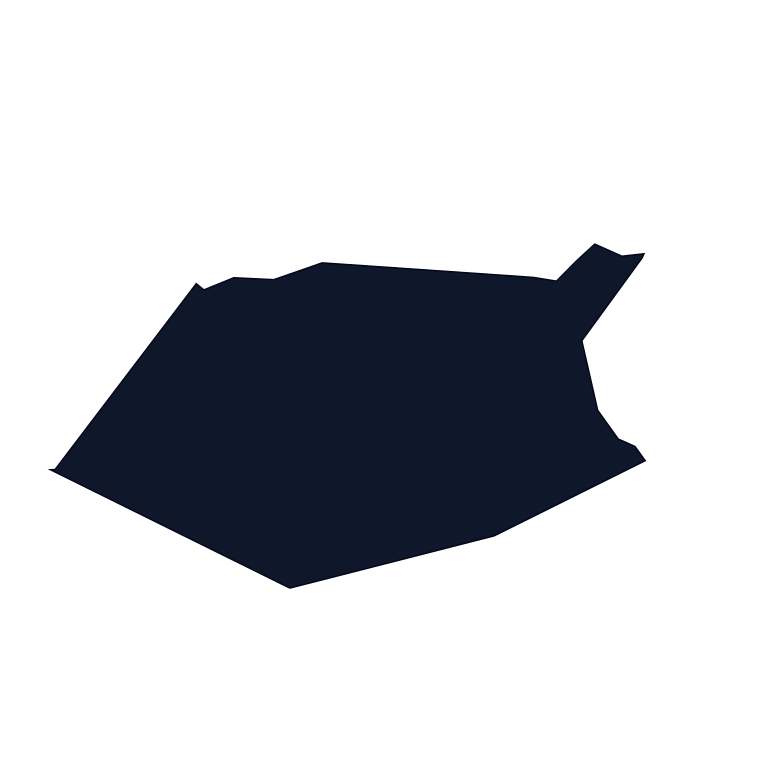 the district of La Dauphine Estate, Soufrière, Saint Lucia, rotated 204°
{"feature_id": "8701671B47910558118739", "entity_name": "La Dauphine Estate", "entity_type": "district", "adm_level": 2, "iso_a3": "LCA", "parent_name": "Saint Lucia", "parent_adm1": "Soufrière", "projection": "natural_earth1", "projection_center": [-61.043, 13.822], "detail": "fine", "context": "isolated", "style": "filled", "palette": "ink", "viewbox_px": 768, "rotation_deg": 204, "n_neighbors": 0, "source": "geoboundaries", "source_scale": "gbopen_adm2", "svg_char_len": 459}
<svg xmlns="http://www.w3.org/2000/svg" viewBox="0 0 768 768"><g transform="rotate(204 384 384)"><path d="M596.3,399.3L649.7,172.1L653.8,170.0L393.6,159.5L387.0,159.3L221.6,290.1L114.2,420.2L129.3,429.0L147.6,429.0L178.1,446.9L220.9,504.0L199.5,604.0L199.5,608.7L218.6,597.5L248.4,597.5L258.4,574.3L268.3,548.1L290.7,542.2L489.8,469.5L527.1,434.5L564.4,420.0L586.8,396.7L593.1,398.4L596.3,399.3Z" fill="#0f172a" stroke="#020617" stroke-width="1.5"/></g></svg>